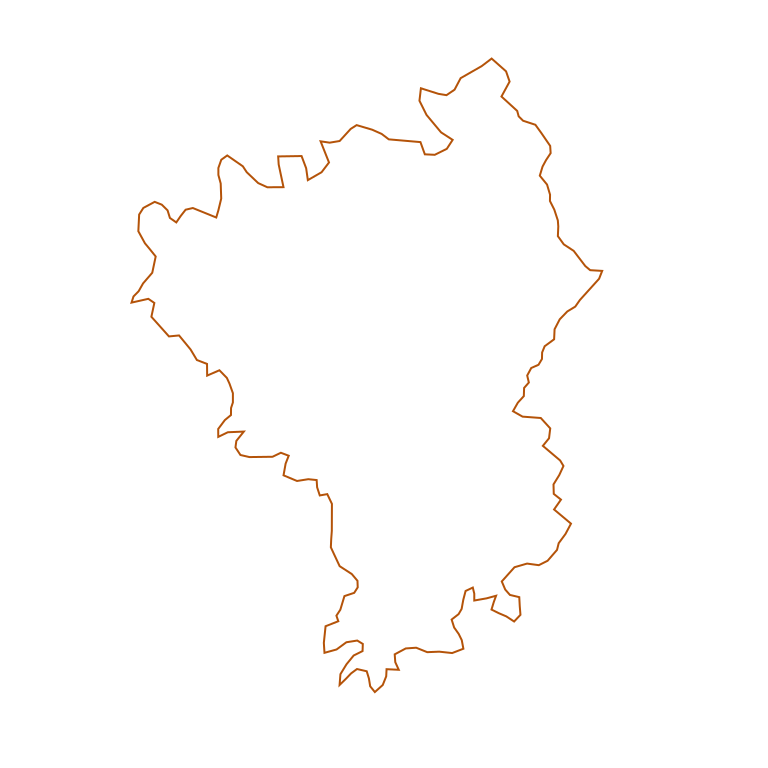 Planalto, Paraná, Brazil (Equal Earth projection), rotated 260°
{"feature_id": "56859067B30656278128756", "entity_name": "Planalto", "entity_type": "district", "adm_level": 2, "iso_a3": "BRA", "parent_name": "Brazil", "parent_adm1": "Paraná", "projection": "equal_earth", "projection_center": [-53.725, -25.732], "detail": "fine", "context": "isolated", "style": "outline", "palette": "amber", "viewbox_px": 768, "rotation_deg": 260, "n_neighbors": 0, "source": "geoboundaries", "source_scale": "gbopen_adm2", "svg_char_len": 2932}
<svg xmlns="http://www.w3.org/2000/svg" viewBox="0 0 768 768"><g transform="rotate(260 384 384)"><path d="M670.7,558.5L685.8,546.5L680.1,535.4L671.9,512.6L661.6,504.6L657.6,495.7L660.3,488.0L668.8,471.7L656.8,468.1L641.6,472.6L621.9,483.9L612.5,494.0L604.7,486.7L600.9,473.8L603.1,464.1L615.9,461.9L624.1,431.2L630.7,425.1L636.5,416.5L643.7,402.0L641.0,395.5L631.0,382.5L631.1,372.4L634.0,363.7L611.7,368.3L603.4,359.3L598.0,344.4L610.0,344.8L622.8,342.4L626.5,319.3L618.5,318.4L595.3,319.2L598.0,303.3L603.7,295.0L616.4,285.6L622.9,282.8L636.3,269.3L633.1,262.7L625.5,258.4L618.6,257.2L609.8,258.0L594.9,255.9L583.7,251.0L577.1,247.7L590.5,226.3L590.1,218.9L584.7,212.9L579.2,207.5L584.7,202.0L592.6,201.0L599.2,196.3L603.2,189.8L599.2,177.6L593.4,172.3L577.1,168.6L564.1,173.0L557.6,176.7L549.2,181.3L533.8,175.1L524.9,164.2L518.0,158.5L513.7,152.5L508.0,149.5L508.8,166.7L503.7,171.9L490.6,166.6L468.2,180.5L467.4,190.6L451.6,199.5L440.1,203.9L434.5,213.2L423.0,211.3L426.1,224.3L417.3,230.3L411.2,231.9L401.2,233.6L392.1,232.0L386.9,229.2L380.0,227.9L376.1,221.0L368.5,212.9L360.7,211.6L363.6,221.8L361.5,237.7L353.6,228.7L347.3,226.7L339.0,230.3L335.4,238.8L331.7,261.6L334.2,270.5L329.9,277.7L322.7,273.3L311.5,269.2L303.6,281.5L303.4,292.9L301.1,301.0L293.9,300.2L285.4,301.4L285.4,309.0L275.0,311.9L248.4,307.1L240.5,305.1L232.4,303.3L225.6,305.1L212.3,308.7L202.4,319.3L194.8,323.7L188.3,322.8L183.5,318.4L182.0,308.2L169.3,301.8L164.1,296.9L158.3,297.8L155.6,284.4L139.5,279.8L129.6,278.7L130.8,291.2L136.2,302.1L136.0,313.1L131.7,318.0L124.7,316.5L121.9,307.0L114.5,298.4L105.8,290.7L95.3,288.0L100.5,295.6L104.7,301.3L108.0,307.9L104.1,317.1L96.7,318.0L88.7,317.9L82.2,321.5L87.8,330.5L95.7,335.4L102.7,337.0L100.0,348.9L108.1,346.8L115.9,347.6L119.8,359.5L118.7,369.9L112.4,380.0L110.8,391.9L107.2,404.4L109.5,416.2L118.2,416.1L124.8,414.2L132.0,410.8L140.3,409.7L144.4,417.5L149.0,421.4L157.7,424.6L166.0,428.4L168.1,436.1L161.8,436.5L155.1,435.3L155.1,447.8L156.0,457.6L150.3,454.3L143.2,450.7L138.4,457.2L133.9,464.1L127.5,470.9L133.0,478.3L141.5,479.1L150.6,480.2L154.4,471.4L160.5,467.7L169.1,465.7L180.9,480.7L182.3,493.7L178.7,505.0L181.5,514.4L190.6,525.6L196.9,528.4L204.8,536.7L214.0,543.9L230.9,529.7L239.4,538.2L246.3,532.1L255.7,533.5L263.9,540.8L272.1,546.5L278.1,544.2L295.5,529.7L301.9,537.1L311.4,540.0L323.3,532.5L327.8,514.8L334.8,506.3L342.4,512.6L347.8,519.6L355.8,521.3L360.3,526.9L367.5,526.5L374.2,531.8L376.1,539.5L381.2,543.9L387.6,545.2L393.3,548.8L398.5,559.3L408.3,561.5L417.2,568.3L423.6,577.1L427.0,585.8L432.7,591.5L450.3,614.1L457.5,618.5L460.3,606.8L465.2,602.7L482.2,593.9L490.3,585.3L499.4,580.9L508.9,583.0L514.9,583.6L526.1,582.0L535.4,579.2L541.6,580.4L552.1,579.2L562.1,573.6L570.6,577.9L576.4,582.5L582.4,588.2L589.6,589.0L603.9,582.5L613.0,578.1L619.1,566.7L624.2,563.1L629.8,562.6L646.7,549.6L660.0,560.2L670.7,558.5Z" fill="none" stroke="#b45309" stroke-width="2"/></g></svg>